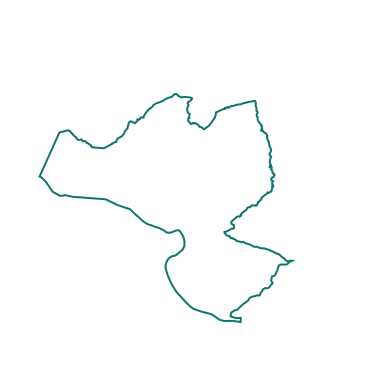 Bujoreni, Vâlcea, Romania (Equal Earth projection), rotated 140°
{"feature_id": "2599482B76085305979225", "entity_name": "Bujoreni", "entity_type": "district", "adm_level": 2, "iso_a3": "ROU", "parent_name": "Romania", "parent_adm1": "Vâlcea", "projection": "equal_earth", "projection_center": [24.339, 45.168], "detail": "fine", "context": "isolated", "style": "outline", "palette": "teal", "viewbox_px": 384, "rotation_deg": 140, "n_neighbors": 0, "source": "geoboundaries", "source_scale": "gbopen_adm2", "svg_char_len": 6038}
<svg xmlns="http://www.w3.org/2000/svg" viewBox="0 0 384 384"><g transform="rotate(140 192 192)"><path d="M298.9,301.8L297.9,300.1L297.4,293.4L298.6,281.9L295.5,273.8L290.8,270.7L286.8,265.3L286.0,264.5L285.2,263.8L282.7,261.2L281.0,259.9L278.5,257.2L263.2,242.3L262.1,240.4L257.4,229.8L252.0,220.9L250.8,219.2L250.6,218.6L249.5,209.2L249.1,208.3L248.5,202.0L247.9,199.3L246.7,196.0L245.1,193.5L242.5,188.8L240.4,185.6L239.2,182.8L238.1,180.5L237.9,178.9L237.7,177.8L237.0,176.8L236.0,175.7L234.8,174.9L233.4,174.1L230.0,173.1L227.8,172.2L226.9,171.1L226.5,169.8L226.8,166.4L227.3,164.2L227.5,163.2L228.3,161.2L230.0,158.4L232.4,155.7L233.6,155.0L236.6,153.8L244.7,153.9L246.3,154.3L248.0,155.4L249.0,155.7L251.4,156.1L254.4,155.7L257.2,154.3L259.7,152.5L261.4,150.1L264.0,144.2L266.7,135.3L267.8,128.1L268.1,125.2L267.6,112.2L266.9,105.1L266.2,102.3L265.4,100.6L261.8,94.5L256.6,87.2L255.6,85.6L254.7,82.9L253.6,78.1L252.5,75.6L250.2,72.5L242.8,66.3L241.8,64.9L240.5,63.6L238.3,61.2L236.6,62.9L235.6,64.3L237.5,65.6L239.6,67.6L240.9,69.3L242.3,72.1L239.5,74.3L239.1,74.3L235.5,73.9L233.0,72.7L225.1,73.3L222.1,72.9L218.8,72.9L218.0,73.0L216.4,73.7L215.2,73.7L213.0,73.0L209.2,71.2L208.3,70.9L208.0,70.6L207.4,69.7L207.0,69.4L206.4,69.3L204.1,70.6L201.9,71.1L200.3,71.7L198.2,71.5L195.9,69.8L194.0,69.2L192.7,69.7L188.9,70.5L188.5,70.8L188.4,71.1L188.6,72.4L188.4,73.2L185.1,75.9L183.0,74.9L181.4,75.1L176.8,77.2L175.7,78.1L172.6,79.9L171.3,79.6L169.6,78.6L167.0,76.2L166.2,75.8L165.3,75.5L162.9,75.9L159.6,75.0L160.5,75.9L162.2,76.7L163.8,78.3L164.0,78.7L164.1,82.5L164.6,83.3L164.7,84.2L165.1,85.7L165.3,88.3L166.2,89.4L166.0,89.6L166.9,90.9L167.3,92.3L167.5,92.3L168.2,94.2L169.0,95.6L169.0,95.9L169.6,96.5L169.7,97.2L170.3,98.6L171.4,99.9L172.4,101.7L173.7,103.2L174.6,103.7L175.3,104.8L175.9,105.3L177.4,108.2L179.7,110.2L180.9,113.7L182.9,116.9L183.9,118.1L184.8,120.8L185.3,121.2L186.3,121.5L187.8,124.0L189.2,125.6L189.4,128.0L190.2,128.8L190.2,129.3L190.6,129.8L190.8,130.8L191.4,131.6L191.9,131.7L192.1,132.3L191.7,133.6L191.7,134.3L193.3,136.3L193.4,136.7L193.3,138.1L193.4,138.9L193.3,139.8L192.8,140.5L191.4,139.7L190.4,139.4L184.7,138.2L184.4,137.6L184.0,137.3L183.2,137.3L182.5,137.9L181.2,139.9L181.4,140.4L181.9,141.0L182.0,141.3L181.9,142.8L181.7,143.2L181.1,143.6L179.8,144.1L177.9,144.0L176.6,144.2L174.7,143.9L173.7,144.3L171.4,143.0L171.3,142.6L169.5,142.4L169.5,143.1L168.5,143.4L166.2,143.7L165.7,143.7L165.3,143.5L164.7,143.7L162.5,143.5L162.3,143.3L161.0,143.6L160.4,144.1L159.1,144.2L158.0,143.7L157.5,143.1L157.0,143.3L156.3,143.1L155.7,143.5L155.0,143.2L154.3,143.2L154.1,142.6L152.4,141.2L152.1,140.5L151.6,140.2L151.0,140.6L150.5,140.4L150.0,140.5L147.9,141.8L147.4,141.3L145.0,141.9L144.4,141.9L143.8,141.7L143.3,142.0L143.1,142.5L142.5,142.8L139.7,142.9L136.0,142.6L135.4,142.8L134.4,143.0L134.1,142.0L133.2,142.0L130.8,141.5L130.2,141.9L129.0,143.0L128.4,143.0L128.0,143.2L127.5,144.2L127.2,144.5L126.5,144.8L126.3,144.5L126.3,144.0L126.1,144.0L125.3,145.6L125.3,146.0L125.6,146.5L125.5,146.9L123.6,148.1L123.0,148.1L123.5,149.5L123.3,150.7L122.8,151.1L121.8,151.3L121.8,151.5L121.4,151.6L119.7,151.1L118.7,151.8L118.0,151.9L117.5,152.7L117.5,152.9L117.9,153.2L117.8,154.2L118.0,155.0L116.8,156.8L116.9,158.5L116.4,158.6L115.6,159.1L115.0,159.9L115.2,160.2L116.5,161.0L116.4,161.3L115.5,162.1L115.3,162.2L114.9,162.1L114.7,161.7L114.3,161.7L113.9,163.6L113.4,164.4L113.3,165.0L112.3,165.6L111.3,166.6L110.2,167.4L108.8,167.9L108.7,168.6L108.7,170.6L108.2,171.3L107.5,171.7L105.5,172.4L104.4,173.3L103.6,175.3L103.6,175.8L103.4,176.5L102.7,177.8L102.2,179.2L101.6,179.9L101.1,181.1L99.8,185.2L99.4,185.6L98.8,185.8L98.5,186.6L98.1,186.9L98.0,187.4L97.7,189.7L97.9,190.2L98.3,190.3L98.5,190.6L98.6,191.4L98.5,192.1L98.3,192.8L98.5,193.5L99.5,194.1L99.5,194.7L99.2,195.0L98.3,194.8L97.8,195.0L97.8,195.4L97.6,195.7L97.4,196.4L96.1,197.2L96.4,198.0L96.3,198.4L95.8,199.0L96.0,200.4L95.6,202.8L95.8,203.2L95.3,205.1L94.6,205.9L94.3,206.5L93.6,207.2L93.7,208.3L92.8,209.6L92.0,209.9L90.4,210.9L90.3,211.2L90.3,213.0L88.8,214.7L87.5,217.6L86.1,218.8L85.1,221.1L86.1,222.0L87.6,222.6L89.3,223.8L95.9,227.1L98.5,227.9L100.3,229.3L102.8,230.5L105.8,231.8L106.8,232.8L108.2,232.9L108.7,233.1L109.7,233.0L110.2,233.4L110.2,234.2L110.5,234.4L111.6,234.6L112.7,235.2L112.8,235.0L112.9,234.4L113.3,234.4L113.9,235.2L122.5,237.5L124.1,236.0L126.5,234.4L129.0,233.6L130.4,233.4L132.3,232.6L133.4,232.6L136.9,231.8L139.2,232.1L142.0,232.2L142.9,232.8L142.8,235.0L144.4,237.4L144.1,238.7L144.3,240.4L145.1,242.4L145.8,243.4L146.6,243.3L146.8,244.2L149.0,244.7L149.2,246.5L149.0,247.6L149.2,249.2L147.6,250.6L146.7,250.4L146.7,251.0L146.4,251.2L144.7,252.3L143.6,253.2L144.2,255.1L143.5,256.8L142.6,258.4L142.1,259.0L141.2,259.6L139.7,260.2L138.8,260.8L138.2,262.9L138.1,263.1L137.7,263.3L133.4,262.9L132.7,263.1L131.8,263.9L132.7,265.6L136.0,269.1L139.3,271.4L140.2,273.2L140.5,273.8L140.9,276.7L141.2,277.2L142.0,277.9L143.2,278.2L146.6,278.0L148.9,279.1L150.7,279.7L153.1,280.3L154.8,280.4L156.4,280.7L160.6,282.1L162.6,283.0L164.4,283.3L165.1,283.2L166.1,283.4L167.4,282.7L168.3,282.9L169.3,282.8L172.5,283.2L172.9,283.0L173.8,282.7L177.1,282.2L179.8,281.2L181.3,280.2L182.3,281.2L183.3,282.0L183.9,282.0L185.2,281.3L185.8,281.3L186.1,281.5L186.3,282.1L187.0,282.7L187.5,282.6L188.1,281.6L188.7,281.4L190.1,281.5L191.5,281.4L193.1,284.9L193.6,285.7L194.9,285.8L195.6,285.7L196.3,285.4L200.6,282.2L204.3,281.7L207.2,280.2L209.8,279.8L215.0,280.7L216.9,279.9L217.9,279.1L218.7,279.6L219.4,279.8L222.3,280.4L222.4,280.2L231.3,282.1L233.0,283.6L236.3,287.1L237.2,287.6L238.4,289.3L239.8,290.5L240.0,290.9L240.0,291.3L239.4,292.8L239.4,293.3L240.0,294.2L240.1,295.1L240.3,295.4L240.5,296.7L240.8,297.0L241.3,298.0L241.0,299.1L241.1,299.7L241.4,300.1L242.5,300.6L243.2,301.2L242.7,302.8L242.8,303.3L244.9,304.4L245.3,304.7L245.9,305.8L245.9,307.2L245.7,308.6L246.1,310.2L246.3,311.7L245.9,313.2L246.4,313.8L246.6,314.4L246.2,316.5L247.2,318.9L255.3,322.8L298.9,301.8Z" fill="none" stroke="#0f766e" stroke-width="2"/></g></svg>